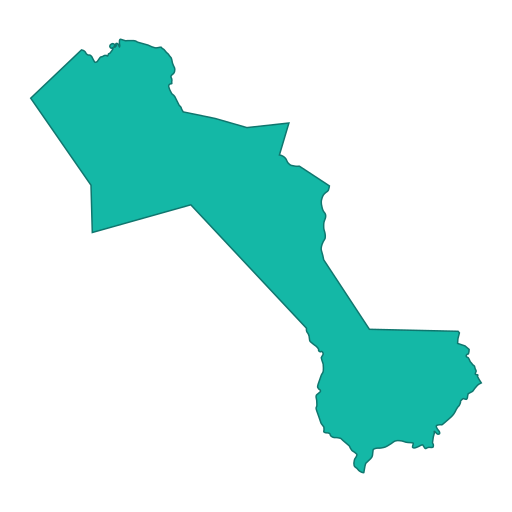 Concepción, Copán, Honduras (orthographic projection)
{"feature_id": "27666195B32287838652437", "entity_name": "Concepción", "entity_type": "district", "adm_level": 2, "iso_a3": "HND", "parent_name": "Honduras", "parent_adm1": "Copán", "projection": "orthographic", "projection_center": [-88.87, 14.863], "detail": "fine", "context": "isolated", "style": "filled", "palette": "teal", "viewbox_px": 512, "rotation_deg": 0, "n_neighbors": 0, "source": "geoboundaries", "source_scale": "gbopen_adm2", "svg_char_len": 5952}
<svg xmlns="http://www.w3.org/2000/svg" viewBox="0 0 512 512"><path d="M481.3,382.9L479.0,379.3L477.5,376.5L477.5,376.0L477.8,375.4L477.8,375.0L477.5,374.8L477.0,374.7L475.7,374.5L475.4,374.2L475.3,373.8L475.3,373.4L476.1,371.3L476.1,370.9L475.8,370.0L475.2,368.9L474.5,366.2L473.8,365.5L472.7,364.7L471.6,363.2L470.4,361.9L470.1,361.4L469.1,359.2L468.2,357.7L467.3,357.3L466.9,357.1L466.5,356.7L466.2,356.2L466.2,355.8L466.3,355.4L466.7,354.7L467.3,354.2L468.2,354.0L468.5,353.6L469.0,351.5L469.1,349.4L465.0,345.9L457.6,343.4L457.9,338.8L459.4,332.9L458.1,331.3L369.4,329.3L323.7,259.8L322.8,255.5L321.4,250.5L321.2,249.2L321.2,248.1L321.5,246.3L322.1,244.2L323.3,241.5L324.8,239.0L325.1,238.3L325.2,237.6L325.3,235.9L325.1,234.0L324.8,232.4L324.1,230.0L323.8,228.6L323.7,227.0L323.7,224.6L323.8,223.3L324.0,222.0L324.4,220.8L325.4,218.1L325.6,217.1L325.7,216.0L325.6,214.9L325.3,214.0L324.9,213.2L323.9,211.9L323.3,211.0L322.8,209.9L322.3,208.4L321.9,206.6L321.4,204.2L321.3,202.6L321.3,201.2L321.5,200.0L322.2,197.5L322.7,196.3L323.2,195.3L324.0,194.2L325.0,193.2L326.2,192.2L327.5,191.3L328.4,190.1L329.1,187.6L329.4,185.9L299.4,166.2L296.8,166.3L295.4,166.2L291.3,165.4L290.2,164.9L288.8,163.7L287.7,162.5L287.1,161.4L286.1,159.2L285.5,158.4L284.9,157.7L283.6,156.6L282.1,155.8L281.0,155.3L279.4,155.0L288.9,123.0L246.9,127.6L215.3,118.5L183.2,111.9L181.7,109.3L181.1,107.6L180.8,107.0L180.3,106.4L179.4,105.6L179.0,105.0L174.8,96.6L173.7,95.3L172.2,94.1L171.6,93.4L169.8,89.9L169.2,88.2L168.7,86.6L168.7,86.1L168.7,85.6L168.9,85.1L169.2,84.7L169.8,84.2L170.5,83.8L170.9,83.7L171.6,83.7L171.8,83.5L171.8,83.0L171.7,82.0L171.9,80.3L171.8,79.4L171.6,78.4L171.0,77.3L170.9,76.5L171.3,75.7L171.9,74.9L172.4,74.4L173.4,73.7L174.0,72.8L174.4,72.0L174.6,71.3L174.8,69.5L174.7,68.7L174.6,68.0L173.5,65.7L172.5,63.2L171.8,59.8L171.3,58.1L171.0,57.6L169.7,56.1L168.3,54.1L166.4,52.4L164.4,50.0L163.8,49.4L162.1,48.3L161.7,47.9L161.4,47.4L161.1,47.2L160.1,47.2L158.2,47.6L156.8,47.8L155.9,47.9L154.7,47.7L151.8,46.8L148.1,45.1L138.1,42.3L137.3,42.0L136.0,41.2L135.2,40.9L133.5,40.6L131.5,40.6L127.6,40.6L125.6,40.8L120.8,39.3L120.3,39.3L119.9,39.6L119.7,40.0L119.5,40.6L119.4,43.0L119.8,45.6L119.7,46.3L119.5,46.9L119.3,46.8L118.8,45.6L118.1,44.3L117.6,43.7L117.0,43.4L116.3,43.4L115.9,43.7L115.9,44.2L116.2,45.1L116.2,45.8L116.0,46.1L115.4,46.7L115.0,47.1L114.7,47.2L114.3,47.1L114.0,46.7L114.1,46.3L114.6,45.8L114.7,45.3L114.6,44.6L114.1,44.1L113.5,43.8L112.7,43.6L111.9,43.8L111.0,44.3L110.3,44.9L110.0,45.5L109.8,46.3L110.0,47.0L110.5,47.8L111.2,48.2L111.8,48.2L112.4,47.8L112.8,47.8L113.0,48.1L112.9,48.8L112.0,50.5L110.4,52.6L109.8,53.3L108.8,53.7L108.5,53.9L108.0,55.3L107.7,55.9L107.5,56.0L107.2,56.0L106.6,55.5L106.2,55.4L104.8,55.4L104.0,55.7L103.0,56.3L102.4,56.6L100.7,57.0L100.2,57.4L99.5,58.3L97.3,61.5L96.7,61.9L96.0,62.2L95.2,62.3L94.8,62.1L94.5,61.8L93.3,59.7L91.8,56.7L91.4,56.2L90.8,55.7L90.3,55.3L89.9,55.1L88.4,55.1L87.3,54.6L86.3,53.8L85.3,52.0L84.4,51.1L83.2,50.4L81.5,49.9L30.7,98.2L91.0,185.2L92.3,232.5L190.8,204.8L306.5,328.3L306.4,329.6L306.5,330.7L306.9,331.9L308.1,333.6L308.7,335.0L309.1,336.2L309.6,340.1L309.8,340.7L310.0,341.2L310.4,341.7L311.2,342.4L313.5,344.3L316.1,346.2L316.9,347.0L317.8,348.0L318.6,349.3L318.6,350.0L318.6,350.5L318.8,350.9L319.2,351.3L319.7,351.6L320.2,351.8L320.6,351.8L321.2,351.4L321.6,351.5L321.9,351.6L322.3,351.9L322.7,352.4L323.0,353.1L323.2,353.8L323.1,354.4L321.8,356.7L321.3,357.6L321.3,357.9L321.9,360.2L322.9,363.2L323.2,364.2L323.4,368.0L323.3,370.9L323.1,371.7L322.8,372.6L321.6,374.5L321.1,375.7L318.8,382.3L318.1,384.3L317.7,386.0L317.6,386.9L317.7,387.4L318.7,388.9L319.1,389.3L319.9,389.8L320.2,390.0L320.4,390.5L320.5,391.1L320.3,391.6L320.0,392.0L316.7,394.8L316.4,395.2L316.2,395.8L316.1,396.4L316.1,397.2L316.7,400.4L316.9,404.6L316.8,406.1L316.2,407.5L316.1,408.2L316.3,409.4L316.8,411.0L319.0,417.2L320.9,422.8L321.3,423.6L323.9,427.1L324.0,429.4L324.0,430.1L323.8,431.1L323.8,431.7L324.2,432.2L325.1,432.6L325.9,432.8L327.8,432.9L328.7,433.1L329.5,433.5L330.1,434.1L330.4,435.3L330.8,435.9L331.7,436.6L332.8,437.2L333.5,437.4L334.4,437.6L336.7,437.6L338.2,437.8L340.5,438.3L341.0,438.6L343.0,440.5L349.2,445.8L349.5,446.3L350.5,448.4L351.8,450.3L352.3,450.8L354.6,452.3L356.5,453.9L356.8,454.3L356.9,454.7L356.7,455.7L356.0,457.1L354.8,458.9L354.5,459.7L354.3,460.5L353.9,463.1L354.0,464.2L354.1,465.3L354.4,466.1L355.0,466.9L357.0,468.4L358.8,470.5L359.9,471.3L361.1,472.0L362.4,472.5L363.6,472.7L363.8,472.6L365.0,465.9L365.7,463.5L366.1,463.0L370.8,458.5L371.3,457.8L371.9,457.0L372.2,456.2L372.5,455.2L372.8,452.4L373.1,450.0L373.2,449.7L373.5,449.3L374.6,448.7L376.1,448.3L377.6,448.1L379.8,448.1L380.9,448.0L383.6,447.5L385.3,447.0L387.3,446.0L391.2,443.6L393.8,441.7L395.2,441.0L397.2,440.6L398.5,440.6L399.9,440.7L401.6,440.9L402.8,441.2L405.9,442.2L408.0,442.5L411.3,442.7L412.8,442.9L413.2,443.3L413.3,443.7L412.7,445.8L412.5,447.0L412.6,447.3L412.9,447.6L413.7,447.9L414.9,447.9L416.7,447.3L418.8,446.4L420.9,445.3L421.7,445.0L422.5,444.9L422.8,445.0L423.0,445.3L424.7,448.0L425.4,448.5L425.9,448.5L427.2,447.8L428.8,447.3L431.3,447.5L432.3,447.4L432.9,447.2L433.1,446.9L433.3,446.3L433.4,445.1L433.2,444.2L432.6,443.2L432.5,442.5L433.3,436.9L434.3,433.2L434.3,432.5L434.2,431.6L434.3,431.4L434.6,431.4L436.8,433.6L437.9,434.2L438.5,434.2L439.1,434.0L439.5,433.7L439.7,433.2L439.6,432.3L439.2,431.3L437.5,429.2L436.6,427.6L436.3,426.6L436.3,426.0L436.5,425.6L437.0,425.3L438.4,424.9L440.0,424.7L441.8,424.8L442.4,424.5L444.8,422.5L451.4,416.7L452.7,415.3L453.8,413.9L455.1,411.8L456.4,409.2L457.3,407.8L458.0,406.8L458.9,405.9L459.3,405.3L459.9,404.1L460.3,403.1L460.5,402.3L460.5,401.3L460.9,400.6L462.1,399.4L463.2,398.6L463.6,398.7L464.6,399.0L465.9,399.3L466.4,399.3L466.7,399.1L467.1,398.5L467.4,397.8L467.7,395.5L468.2,393.7L472.3,391.5L473.0,390.9L474.6,388.6L477.1,385.7L478.5,384.4L481.3,382.9Z" fill="#14b8a6" stroke="#0f766e" stroke-width="1.5"/></svg>